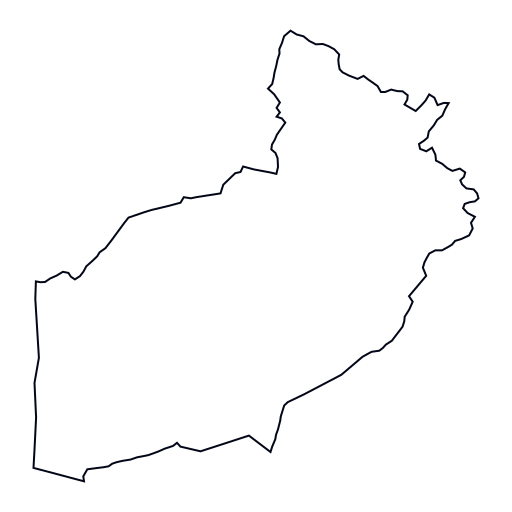 the district of Simão Dias, Sergipe, Brazil
{"feature_id": "56859067B91513097865044", "entity_name": "Simão Dias", "entity_type": "district", "adm_level": 2, "iso_a3": "BRA", "parent_name": "Brazil", "parent_adm1": "Sergipe", "projection": "mercator", "projection_center": [-37.797, -10.741], "detail": "fine", "context": "isolated", "style": "outline", "palette": "ink", "viewbox_px": 512, "rotation_deg": 0, "n_neighbors": 0, "source": "geoboundaries", "source_scale": "gbopen_adm2", "svg_char_len": 2414}
<svg xmlns="http://www.w3.org/2000/svg" viewBox="0 0 512 512"><path d="M474.9,216.8L467.7,213.1L463.1,208.2L464.7,203.9L469.7,202.2L474.9,201.4L478.5,198.3L477.1,193.4L473.7,189.4L466.4,188.4L462.1,184.4L460.3,180.3L464.0,176.8L465.2,172.4L459.8,168.6L452.4,170.9L447.3,168.2L442.3,163.9L436.0,160.6L435.4,154.7L432.0,147.7L426.3,151.3L420.1,148.9L419.0,144.0L424.1,140.6L427.6,137.6L428.8,131.4L433.7,125.5L437.2,119.8L442.3,115.7L445.1,109.3L448.6,103.1L443.9,102.9L437.6,105.1L434.4,97.7L429.2,94.4L425.5,100.7L421.4,105.3L415.7,111.0L404.5,104.5L407.3,99.6L407.7,95.3L402.6,91.3L397.3,91.1L391.2,89.6L385.2,92.0L380.9,92.0L377.6,86.1L373.0,82.8L368.6,79.8L363.6,75.9L357.6,78.9L349.0,75.6L342.5,72.3L339.6,69.2L338.7,64.2L338.3,59.8L339.2,54.5L334.3,49.3L328.7,46.2L322.9,44.0L315.9,44.3L309.3,41.0L303.5,36.3L296.7,34.5L290.5,30.7L284.1,36.2L282.0,42.9L279.3,49.2L279.5,53.6L277.5,59.7L276.2,66.1L274.5,72.5L273.6,78.0L272.2,84.0L268.0,88.6L274.1,94.2L279.9,102.5L276.6,107.9L279.9,112.4L276.6,116.7L281.8,118.4L285.3,122.6L276.9,134.7L274.8,139.7L272.0,144.5L271.3,149.4L275.5,153.0L277.6,158.3L278.0,167.0L276.4,173.9L270.5,172.5L253.8,169.4L243.1,166.5L240.5,172.0L235.2,173.2L223.3,184.7L220.5,193.4L196.6,197.1L190.8,198.3L183.8,197.2L180.5,202.7L168.6,205.9L151.4,210.0L143.7,212.4L128.5,217.6L124.3,222.9L111.3,240.6L105.4,248.2L99.6,252.3L97.2,256.3L92.5,260.8L86.3,266.3L83.4,271.7L80.0,276.1L74.9,279.4L70.9,276.7L68.4,272.9L62.9,271.8L56.6,275.6L50.3,278.4L45.0,282.0L40.3,282.2L35.9,281.4L35.3,299.0L37.7,338.0L38.9,357.8L34.5,382.9L36.1,417.6L34.4,451.4L33.5,467.9L84.0,481.3L83.3,476.3L87.3,469.3L95.6,468.2L103.7,467.2L108.6,466.3L112.2,463.7L116.6,462.2L122.7,460.8L130.4,459.6L137.1,457.3L142.5,456.3L148.4,455.1L153.7,453.2L158.6,451.4L164.6,448.7L168.9,447.3L173.1,445.9L177.0,442.8L180.4,446.6L200.5,451.3L218.8,445.4L248.9,435.6L270.5,452.0L272.2,446.6L275.3,439.2L276.0,434.9L278.0,429.3L280.2,420.7L280.8,416.4L282.5,410.9L284.2,405.5L287.8,402.1L303.9,394.4L341.3,374.8L362.5,356.8L367.5,354.0L371.6,351.8L379.3,350.7L382.8,348.0L385.9,344.6L391.9,340.7L395.2,336.3L398.7,331.8L402.6,326.6L404.3,321.1L404.7,316.7L409.2,309.6L412.7,301.7L409.0,296.2L426.2,275.8L422.9,267.7L424.4,262.5L426.7,258.0L429.3,253.5L435.4,250.3L442.1,250.3L448.1,247.0L451.9,244.7L455.1,240.9L461.3,239.0L469.1,235.4L472.7,228.5L471.0,222.8L474.9,216.8Z" fill="none" stroke="#020617" stroke-width="2"/></svg>